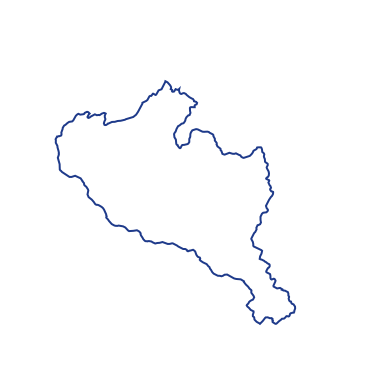 the district of Hojancha, Guanacaste, Costa Rica, rotated 297°
{"feature_id": "36466004B12403637236294", "entity_name": "Hojancha", "entity_type": "district", "adm_level": 2, "iso_a3": "CRI", "parent_name": "Costa Rica", "parent_adm1": "Guanacaste", "projection": "natural_earth1", "projection_center": [-85.409, 9.974], "detail": "fine", "context": "isolated", "style": "outline", "palette": "blue", "viewbox_px": 384, "rotation_deg": 297, "n_neighbors": 0, "source": "geoboundaries", "source_scale": "gbopen_adm2", "svg_char_len": 6077}
<svg xmlns="http://www.w3.org/2000/svg" viewBox="0 0 384 384"><g transform="rotate(297 192 192)"><path d="M136.0,278.9L135.4,279.0L134.0,282.0L133.1,285.0L132.0,287.1L131.5,289.3L131.2,289.7L129.8,290.2L129.1,290.7L127.5,293.9L126.4,295.2L123.9,295.2L122.1,293.8L120.8,293.1L119.9,292.8L118.2,292.8L116.5,292.2L115.8,292.2L115.1,293.3L114.6,295.4L113.6,297.8L113.6,301.0L112.8,301.5L110.1,302.0L108.9,302.7L108.7,304.0L108.3,304.5L106.9,305.4L106.6,305.8L105.7,308.4L105.6,309.6L105.6,311.5L105.4,312.4L109.2,313.6L113.0,314.3L113.7,314.6L114.7,316.4L114.9,318.7L115.7,320.0L115.7,320.8L115.4,321.5L114.5,321.5L114.1,322.5L113.0,322.6L112.7,322.9L112.4,326.1L112.8,326.8L113.5,327.2L116.4,328.2L118.6,329.3L119.9,329.7L120.9,331.4L122.2,332.0L124.2,332.5L124.5,332.9L124.9,334.5L125.5,335.0L126.7,335.0L127.7,334.7L128.7,334.9L129.3,335.7L130.1,336.3L130.7,337.5L131.7,337.5L132.6,337.1L135.0,336.8L136.7,335.8L138.0,333.4L137.8,331.9L138.0,331.2L139.3,329.9L139.0,328.9L139.4,327.9L140.9,326.5L142.2,326.3L142.6,325.9L142.9,325.9L143.6,324.8L145.2,324.0L146.3,322.9L146.3,319.5L145.8,318.4L145.7,316.8L145.9,316.9L146.3,316.8L146.5,314.0L144.7,311.6L144.8,307.6L145.5,307.1L149.9,306.9L150.9,306.7L151.3,306.2L151.9,305.2L151.9,304.3L150.2,302.7L150.2,301.9L151.0,300.9L152.8,300.0L154.1,299.0L154.3,298.7L154.3,294.8L154.7,294.3L155.4,294.1L158.0,294.1L158.2,294.3L159.0,294.3L159.8,294.9L161.2,294.9L162.4,294.2L162.7,293.7L162.7,291.5L163.1,290.1L163.1,288.4L163.4,287.7L163.4,284.7L163.1,283.6L163.1,282.7L165.6,281.9L168.5,281.9L171.4,281.2L171.7,280.2L171.5,271.7L171.9,271.0L173.5,270.2L175.2,268.8L176.9,266.3L177.4,266.0L182.9,266.0L184.1,266.1L184.9,266.5L188.0,266.5L189.3,265.6L192.2,265.5L192.7,266.2L194.2,267.3L196.1,267.3L198.1,265.8L201.0,264.3L204.3,264.2L205.8,264.8L207.7,267.5L209.1,268.0L210.0,268.0L210.5,267.8L211.0,267.1L211.5,265.9L213.2,264.2L220.1,264.2L223.4,264.6L224.9,265.1L226.8,265.1L228.1,264.7L228.9,264.2L228.9,263.4L228.6,262.8L228.6,262.3L229.4,260.8L230.0,260.3L231.6,260.5L232.9,259.2L233.2,258.2L235.1,255.8L237.2,255.7L237.5,255.3L237.4,252.3L237.6,252.0L238.5,252.0L240.2,252.9L241.6,252.9L243.6,252.1L245.1,250.9L247.1,248.0L247.9,247.3L250.3,247.3L251.4,246.7L251.6,246.2L251.9,243.9L252.2,243.3L254.5,241.9L255.5,240.6L256.5,239.8L258.4,239.3L259.1,238.4L259.6,236.4L261.8,235.0L263.0,233.6L263.1,233.1L261.6,230.3L261.2,229.8L259.9,230.0L259.1,229.7L256.7,228.1L254.6,228.2L252.8,227.9L250.4,227.1L245.9,222.6L245.7,221.9L245.7,220.5L245.8,219.8L246.6,218.5L246.4,217.0L246.4,213.6L245.3,212.5L244.5,210.8L243.9,207.5L240.2,204.2L240.0,203.7L239.8,201.8L241.9,199.6L242.2,198.6L243.5,197.7L244.2,193.9L244.5,193.7L245.5,192.3L246.0,192.3L247.0,191.6L248.2,189.0L249.8,188.2L251.4,185.8L252.4,185.2L252.8,184.3L252.8,180.7L253.1,179.8L252.8,178.4L251.1,175.4L250.5,173.9L250.4,168.8L250.0,167.4L249.7,166.9L247.1,164.3L244.7,164.0L243.0,164.2L240.3,165.4L238.0,165.5L235.3,166.9L233.4,166.7L232.6,166.2L230.5,163.7L229.5,162.1L228.9,161.8L226.1,161.8L225.6,161.4L225.6,160.7L226.6,158.5L227.2,158.1L227.2,157.1L227.7,156.2L231.4,153.8L232.8,151.5L235.5,149.7L237.3,149.7L238.3,150.0L241.2,149.6L244.3,149.7L245.7,150.7L248.1,151.7L249.1,152.9L250.1,153.4L252.4,153.6L254.3,153.1L256.1,153.1L258.6,153.9L259.4,154.9L261.8,154.7L263.4,153.4L265.9,152.0L266.5,152.0L267.1,152.5L268.8,155.9L270.3,155.1L271.2,155.4L272.2,156.3L273.7,156.1L274.2,154.8L273.8,152.7L274.2,152.6L275.3,150.6L275.2,149.6L275.3,146.6L276.1,143.0L276.6,141.9L276.5,139.9L275.8,139.0L274.6,138.1L274.4,137.7L274.4,136.7L274.9,135.8L276.8,134.1L278.0,133.8L277.4,133.6L276.4,132.6L276.2,130.7L273.4,130.4L272.6,129.4L272.6,128.6L273.9,128.0L274.0,126.3L275.2,126.2L276.0,125.7L277.1,124.2L278.6,120.4L278.6,118.0L277.8,118.2L269.7,118.2L267.4,116.1L262.5,115.9L261.9,115.4L262.0,112.8L261.8,112.5L259.2,112.1L258.7,111.1L257.8,110.6L253.8,110.5L252.4,109.9L249.0,107.3L248.1,107.7L238.8,107.5L235.5,107.1L232.2,105.6L226.8,100.0L225.9,99.4L223.1,96.1L221.5,93.5L219.5,91.4L218.1,88.9L215.1,86.5L214.9,86.1L214.5,86.1L212.7,85.0L212.2,84.2L212.1,83.5L213.2,82.3L215.2,81.9L217.0,81.9L217.7,81.7L219.0,80.4L220.5,79.6L222.7,79.5L222.7,78.3L222.5,77.6L220.8,76.0L218.9,75.0L218.4,74.5L218.3,73.9L217.2,72.3L217.1,70.2L213.3,67.6L211.8,66.9L211.0,66.1L211.0,65.3L211.4,64.8L214.4,64.8L215.4,65.2L216.0,63.5L216.0,62.7L215.7,62.0L213.8,60.5L212.7,60.5L211.9,59.8L210.2,57.3L210.1,55.3L209.9,55.1L208.7,54.4L207.1,53.9L201.9,53.7L200.5,53.2L198.7,50.7L196.9,49.7L194.5,48.8L193.1,47.9L190.5,47.7L189.5,48.1L185.6,48.6L184.3,49.5L183.0,49.8L181.5,48.5L181.0,47.5L180.0,47.0L180.0,46.6L177.1,46.5L176.5,47.1L174.0,48.3L172.0,51.1L170.6,52.0L167.9,54.5L166.2,55.8L165.5,55.9L164.9,56.4L161.6,56.9L156.7,61.4L152.0,64.0L151.5,64.8L151.4,65.6L150.8,67.1L149.8,76.0L150.8,77.9L153.4,80.5L153.6,86.6L152.5,88.6L151.9,89.4L151.9,89.8L151.6,90.0L150.9,91.7L149.8,92.5L149.5,92.6L149.0,93.8L148.7,95.4L147.1,98.1L146.3,98.9L142.4,100.0L140.5,102.2L139.7,106.2L138.5,109.1L137.4,111.0L137.2,111.8L137.2,112.6L137.7,113.7L137.9,114.9L137.7,118.2L137.2,120.1L136.3,121.7L133.1,125.7L132.1,126.3L131.7,127.0L130.6,127.0L130.1,127.5L129.5,129.4L128.5,131.2L127.0,135.0L126.9,137.9L127.1,139.1L128.0,141.0L128.8,141.9L130.1,146.2L130.1,148.7L128.7,152.5L128.6,153.7L130.8,157.4L132.9,160.3L132.9,162.4L132.6,163.6L131.9,165.0L131.2,165.2L130.2,166.2L128.6,169.0L127.9,169.9L127.1,172.1L127.1,172.9L127.4,173.7L127.8,174.3L127.8,174.7L128.7,175.8L129.5,178.4L129.3,179.6L129.4,182.6L130.8,184.2L132.0,186.2L134.0,188.4L134.7,194.0L135.7,195.8L137.2,197.5L137.5,198.2L137.5,202.9L137.2,204.5L137.2,210.0L138.1,211.8L138.1,213.1L138.1,213.5L137.3,214.6L137.4,215.4L138.5,216.2L138.5,216.5L141.0,219.2L140.8,220.8L140.4,221.9L138.1,224.3L137.2,225.9L136.9,226.8L137.1,228.8L136.3,229.6L135.1,229.7L134.7,230.6L134.3,233.7L134.4,237.8L133.3,240.2L133.0,241.7L131.9,242.8L131.3,244.2L129.8,246.4L129.1,248.4L129.1,253.0L130.0,255.0L130.3,256.5L131.4,257.6L133.1,258.6L134.4,260.8L134.1,268.8L134.6,270.9L136.3,275.1L136.0,278.9Z" fill="none" stroke="#1e3a8a" stroke-width="2"/></g></svg>